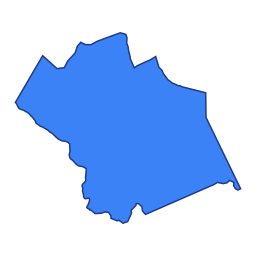 Deglos, Castries, Saint Lucia
{"feature_id": "8701671B12936296158000", "entity_name": "Deglos", "entity_type": "district", "adm_level": 2, "iso_a3": "LCA", "parent_name": "Saint Lucia", "parent_adm1": "Castries", "projection": "albers", "projection_center": [-60.976, 13.977], "detail": "fine", "context": "isolated", "style": "filled", "palette": "blue", "viewbox_px": 256, "rotation_deg": 0, "n_neighbors": 0, "source": "geoboundaries", "source_scale": "gbopen_adm2", "svg_char_len": 2497}
<svg xmlns="http://www.w3.org/2000/svg" viewBox="0 0 256 256"><path d="M205.7,92.8L182.0,86.8L180.5,85.9L178.5,85.7L172.1,82.9L167.7,79.5L163.5,73.8L161.9,70.2L159.0,67.4L156.2,58.3L155.7,56.5L150.2,59.9L143.8,62.7L137.1,65.8L134.3,67.9L130.3,58.8L130.1,56.7L128.3,49.0L128.1,46.9L126.7,43.1L127.0,37.8L125.9,34.4L120.3,32.8L105.1,38.3L96.7,41.5L91.1,44.6L85.5,44.6L80.7,42.3L80.4,42.7L79.2,44.1L77.3,46.3L75.9,50.6L75.1,53.0L67.8,61.0L66.6,63.2L64.3,67.7L59.1,68.3L57.0,68.6L53.1,65.1L42.7,55.7L29.5,78.3L15.4,102.4L15.7,102.6L16.0,103.1L16.3,103.5L16.8,104.3L17.1,105.0L17.4,105.6L17.7,106.2L18.2,107.2L18.4,107.9L19.0,108.3L19.5,108.7L19.9,109.0L20.4,109.2L21.0,109.4L21.6,109.6L22.4,109.9L23.2,110.2L23.8,110.4L24.5,110.8L25.2,111.2L25.9,111.7L26.6,112.0L27.3,112.4L27.8,112.7L28.5,113.3L29.6,114.3L30.1,114.9L30.7,115.7L31.8,116.6L32.3,117.1L33.0,118.0L33.4,118.4L33.8,119.1L34.2,119.5L35.0,120.5L35.2,120.9L35.5,121.7L35.7,122.3L36.1,123.2L37.4,124.1L39.2,125.3L39.8,125.9L40.5,126.3L41.3,126.6L42.0,126.8L42.8,127.2L48.3,130.4L49.6,131.9L52.5,133.6L56.4,137.4L58.5,139.2L61.9,140.8L65.8,141.4L68.1,142.4L69.7,144.0L69.7,146.4L70.0,151.3L69.6,152.8L69.5,153.1L69.2,154.7L69.3,155.0L69.3,155.9L69.6,156.7L69.8,157.4L70.0,158.0L70.6,158.8L71.1,159.3L71.6,159.6L72.3,160.0L75.7,163.7L76.2,164.2L76.7,164.6L77.5,165.2L78.6,165.8L79.3,166.1L80.3,166.2L81.4,166.4L82.4,166.6L83.1,166.8L83.7,167.2L84.3,167.5L85.5,168.1L86.0,168.4L86.2,169.0L86.1,170.2L86.2,170.7L86.1,171.6L86.0,172.3L86.0,174.0L85.8,174.8L85.6,176.4L85.5,177.2L85.6,178.0L85.7,178.6L85.8,179.3L85.8,179.7L85.7,180.4L85.5,180.9L85.1,181.4L84.9,181.9L84.5,182.4L84.0,182.9L83.3,183.5L82.5,184.4L82.2,185.1L82.1,185.8L82.2,186.4L82.4,187.2L82.7,188.0L82.7,188.8L82.7,189.5L82.6,190.4L82.5,191.1L82.9,192.1L83.1,193.2L83.3,194.2L83.6,195.6L83.7,196.5L84.0,197.5L84.2,198.0L84.7,198.5L85.4,198.7L85.9,198.7L86.6,198.5L88.0,198.2L89.1,198.2L89.5,199.1L89.6,200.3L89.2,201.6L88.8,202.9L88.3,204.2L87.8,205.2L87.4,205.8L87.0,206.7L86.8,207.2L86.9,207.5L87.1,207.9L87.3,208.1L88.8,209.0L89.6,209.3L89.6,209.9L90.8,210.0L95.1,213.6L101.3,213.2L105.2,212.0L108.6,212.4L111.0,216.0L111.0,218.4L117.2,220.8L119.1,220.4L123.0,223.2L127.7,221.6L131.5,213.2L131.1,210.4L135.8,205.6L136.2,203.6L138.5,203.6L142.0,206.8L142.4,210.8L145.5,214.4L214.2,184.4L217.3,182.4L223.1,183.6L227.0,182.8L229.7,180.4L233.9,182.4L233.6,185.6L235.5,188.8L237.8,190.0L240.6,188.8L206.0,117.4L205.7,92.8Z" fill="#3b82f6" stroke="#1e3a8a" stroke-width="1.5"/></svg>